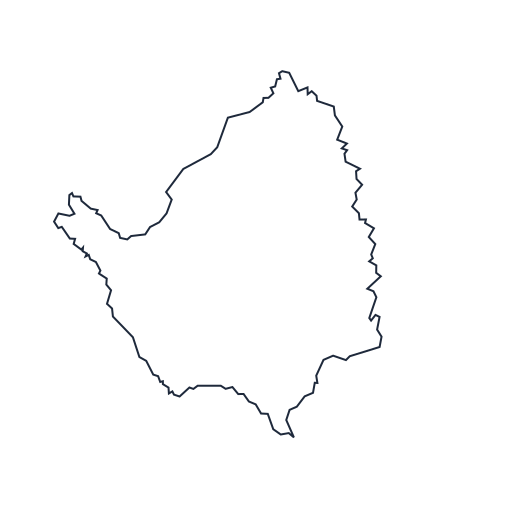 Ribeirão Cascalheira, Mato Grosso, Brazil (Mercator projection), rotated 321°
{"feature_id": "56859067B50708946620242", "entity_name": "Ribeirão Cascalheira", "entity_type": "district", "adm_level": 2, "iso_a3": "BRA", "parent_name": "Brazil", "parent_adm1": "Mato Grosso", "projection": "mercator", "projection_center": [-51.621, -12.878], "detail": "medium", "context": "isolated", "style": "outline", "palette": "slate", "viewbox_px": 512, "rotation_deg": 321, "n_neighbors": 0, "source": "geoboundaries", "source_scale": "gbopen_adm2", "svg_char_len": 1948}
<svg xmlns="http://www.w3.org/2000/svg" viewBox="0 0 512 512"><g transform="rotate(321 256 256)"><path d="M120.7,102.2L119.9,109.9L123.4,111.1L122.3,125.3L126.2,128.8L121.9,131.9L124.3,141.1L126.8,140.6L124.3,143.2L126.1,147.6L123.3,149.1L126.7,149.9L125.1,154.2L127.8,159.9L125.9,169.4L122.9,170.8L125.8,179.6L121.7,184.0L121.8,191.4L110.1,199.4L111.1,206.2L106.7,213.0L109.2,241.7L101.8,261.1L104.7,268.4L101.5,283.5L104.3,287.8L102.3,293.6L104.8,294.7L103.0,297.0L105.2,303.2L101.8,308.0L105.8,308.6L105.0,312.1L108.2,317.1L121.5,316.3L123.7,319.9L129.0,320.1L147.0,334.7L148.8,340.1L155.2,343.0L155.3,352.1L159.5,355.4L158.9,364.6L162.4,371.1L160.8,381.6L165.8,386.1L160.4,401.5L162.9,410.3L170.0,414.2L171.3,420.8L176.3,402.5L185.3,396.7L192.9,398.8L205.5,395.7L214.2,398.2L221.9,391.5L223.8,393.3L227.5,386.9L243.1,379.2L253.2,382.0L260.4,393.5L265.8,392.9L294.8,404.5L302.8,397.7L303.8,389.4L313.7,381.1L311.8,377.0L304.8,378.6L305.0,375.5L323.6,363.8L325.1,357.3L321.9,351.5L340.2,350.3L338.8,344.7L343.6,339.0L340.6,331.4L345.3,331.3L346.5,327.3L356.2,321.8L355.6,312.2L365.1,308.7L361.5,299.0L364.4,296.8L359.4,292.8L362.9,287.5L361.9,278.1L369.8,275.5L373.1,269.4L383.3,267.4L382.6,259.4L387.1,253.1L391.7,253.6L385.0,239.1L389.1,232.2L393.4,231.1L390.4,226.4L397.4,225.8L392.3,216.7L404.5,209.7L405.8,196.4L410.5,188.8L401.1,173.9L403.9,169.5L403.0,163.0L398.0,162.8L402.1,157.4L392.6,154.5L397.1,134.5L392.7,128.9L388.9,128.4L386.6,133.6L383.5,131.8L377.6,136.3L373.4,134.5L371.9,140.5L365.2,140.9L361.3,137.9L358.0,140.8L341.7,140.1L321.2,130.8L294.3,147.1L285.0,148.4L254.3,142.6L226.4,149.7L226.0,159.1L213.3,166.6L202.0,168.9L191.9,166.8L183.5,169.5L171.5,161.9L166.4,162.1L161.8,156.4L163.7,151.9L159.6,143.2L161.2,127.1L158.7,122.2L161.8,120.6L157.4,115.2L155.1,103.4L156.9,99.4L151.6,94.8L152.6,91.3L149.3,91.2L142.9,98.4L141.5,108.9L136.4,107.4L129.2,98.6L120.7,102.2Z" fill="none" stroke="#1e293b" stroke-width="2"/></g></svg>